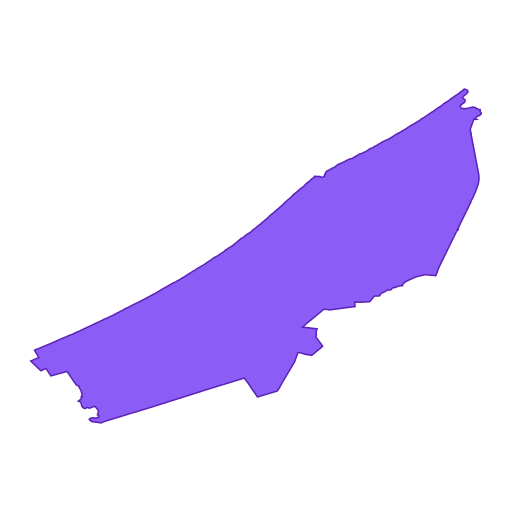 the district of Carnikavas pag., Carnikavas, Latvia
{"feature_id": "27541924B94741323033452", "entity_name": "Carnikavas pag.", "entity_type": "district", "adm_level": 2, "iso_a3": "LVA", "parent_name": "Latvia", "parent_adm1": "Carnikavas", "projection": "equal_earth", "projection_center": [24.255, 57.126], "detail": "fine", "context": "isolated", "style": "filled", "palette": "violet", "viewbox_px": 512, "rotation_deg": 0, "n_neighbors": 0, "source": "geoboundaries", "source_scale": "gbopen_adm2", "svg_char_len": 6022}
<svg xmlns="http://www.w3.org/2000/svg" viewBox="0 0 512 512"><path d="M467.5,90.3L464.3,89.0L462.8,90.3L462.0,91.0L460.9,91.7L460.0,92.4L459.2,93.2L458.2,93.9L457.9,94.2L457.6,94.5L457.0,94.7L454.3,96.4L453.8,96.8L453.1,97.3L452.1,98.1L450.2,99.3L450.0,99.7L448.1,101.1L446.3,102.1L445.7,102.4L445.2,102.9L444.5,103.2L443.7,103.7L442.8,104.7L440.1,106.7L439.5,106.9L438.3,107.6L434.3,110.5L433.1,111.5L432.0,112.0L424.7,117.0L423.2,118.0L421.1,119.0L419.8,120.3L418.3,121.2L417.7,121.4L416.5,122.3L415.3,122.9L414.1,123.9L412.7,124.4L410.3,125.9L410.1,126.1L408.1,127.2L406.6,128.4L405.6,129.1L404.5,129.6L402.8,130.6L402.2,131.1L400.8,131.7L400.5,132.0L399.0,132.9L398.5,133.1L396.5,134.1L391.6,137.3L390.4,137.9L390.1,138.2L389.0,138.9L383.0,141.6L382.1,142.1L381.3,142.7L379.6,143.6L377.0,145.2L376.6,145.5L374.9,146.2L373.5,147.3L372.9,147.6L369.7,148.8L368.7,149.7L365.7,151.6L363.9,152.4L363.3,152.5L362.6,153.1L361.2,153.5L360.5,153.8L359.1,154.2L358.5,154.7L357.6,155.2L357.2,155.6L356.2,156.0L355.3,156.6L354.7,156.8L354.1,157.2L353.7,157.5L352.0,158.5L349.0,159.2L347.5,160.1L346.2,160.5L345.7,161.0L343.4,162.2L342.1,162.8L339.9,163.6L338.1,164.6L337.4,164.9L336.4,165.6L335.3,166.6L334.7,167.0L333.7,167.6L331.9,168.3L331.4,168.7L328.6,170.2L326.8,171.1L325.9,172.1L325.3,173.3L325.2,173.8L324.9,174.4L324.5,174.9L324.5,175.2L324.3,175.5L324.5,176.3L324.4,176.6L321.7,177.3L321.0,177.1L320.6,176.9L320.0,176.4L319.8,176.3L319.6,176.5L318.6,176.7L317.6,176.4L316.9,176.3L316.3,176.4L315.3,176.8L315.0,176.7L314.8,176.2L314.6,176.4L313.5,177.6L312.5,178.4L311.7,178.9L311.7,179.1L311.2,179.4L310.5,180.1L310.4,180.5L309.8,181.0L309.3,181.2L309.1,181.4L308.9,181.9L307.8,182.2L306.8,183.2L306.0,183.7L305.5,184.5L305.2,184.7L305.0,185.0L304.5,185.4L303.7,186.3L303.1,186.7L302.2,187.6L301.5,188.1L301.0,188.2L299.8,189.2L298.4,190.6L298.2,190.6L298.1,190.9L297.3,191.5L296.9,191.7L296.4,192.4L295.7,192.8L295.3,193.3L294.4,193.7L294.2,194.2L293.8,194.5L293.0,194.9L292.7,195.4L292.4,195.8L289.4,198.7L287.3,200.3L285.3,202.2L284.4,202.8L284.2,203.3L282.8,204.8L281.8,205.4L281.0,206.4L279.9,207.1L278.3,208.8L277.2,209.4L276.4,210.4L275.5,211.0L273.0,213.2L272.8,213.5L271.3,214.4L270.2,215.4L269.0,216.6L268.5,217.2L267.6,217.9L266.9,218.8L266.4,219.0L264.8,220.3L264.5,220.8L263.0,221.7L262.0,222.7L261.1,223.3L260.8,223.8L260.3,224.3L259.5,224.7L258.2,225.9L256.9,226.7L256.7,227.1L255.8,227.9L254.1,229.0L253.7,229.5L252.7,230.1L250.1,232.6L249.1,233.0L247.5,234.0L246.0,235.1L245.1,235.7L244.8,235.9L244.6,236.4L243.8,237.0L243.2,237.5L241.5,238.2L241.2,238.4L240.2,239.3L239.5,239.7L239.0,240.3L237.9,241.2L237.8,241.4L236.8,242.3L236.3,242.6L231.5,246.4L230.6,246.9L229.9,247.2L226.3,249.6L225.3,250.1L224.8,250.9L224.2,251.4L222.4,252.5L221.3,253.3L220.5,253.7L219.5,254.6L217.9,255.7L215.7,256.8L214.5,257.5L213.4,258.0L213.1,258.4L212.2,259.1L211.3,259.6L210.6,260.2L209.0,261.2L205.4,263.6L204.6,264.3L201.9,265.9L196.2,269.1L195.2,270.1L193.7,270.8L190.7,272.7L190.3,273.0L189.5,273.4L183.8,277.1L181.7,278.2L180.6,279.1L179.8,279.6L177.0,281.0L175.4,282.1L173.8,282.6L170.4,284.5L167.1,286.4L166.8,286.7L163.6,288.3L155.3,293.4L153.3,294.3L149.5,296.4L138.2,302.4L133.8,304.4L128.2,307.4L126.8,307.9L121.6,310.8L120.3,311.5L119.6,311.8L119.1,312.1L118.1,312.5L113.0,315.3L106.9,318.1L105.1,318.8L98.5,322.1L95.4,323.4L92.3,325.0L83.8,328.9L82.9,329.4L78.3,331.6L76.8,332.1L74.9,333.0L72.8,334.1L69.0,335.5L66.2,336.8L64.9,337.3L59.8,339.4L53.0,342.5L49.8,343.9L47.2,344.9L45.0,345.9L42.3,346.9L39.8,348.1L36.3,349.4L34.5,350.2L36.5,353.6L38.8,357.5L30.7,361.0L32.2,362.5L36.2,366.2L37.0,367.1L41.0,370.8L45.9,368.4L50.9,375.9L67.0,371.4L76.2,384.9L78.8,385.9L78.8,386.7L79.1,387.1L79.5,388.0L81.0,390.6L82.4,396.1L81.2,396.5L81.6,397.8L80.3,399.6L78.6,401.0L77.6,401.2L80.6,401.9L81.4,404.4L81.8,406.2L83.2,407.8L84.8,408.6L85.4,408.2L86.4,408.0L87.4,407.4L89.4,408.2L94.8,406.3L96.2,407.8L97.8,409.7L98.6,411.0L97.4,414.8L98.4,415.3L99.0,416.2L98.4,417.2L95.3,418.2L93.0,417.7L90.5,418.2L89.2,419.3L89.8,420.1L91.9,421.7L97.3,422.3L101.2,423.0L102.0,422.3L106.1,421.0L127.8,414.3L151.9,407.0L192.0,394.3L208.0,389.2L244.2,378.1L246.1,380.5L246.5,381.2L247.6,382.5L250.1,386.0L250.4,386.8L252.6,389.9L257.5,397.0L277.3,391.0L278.9,388.7L283.5,380.5L293.9,363.0L294.3,362.6L297.9,352.6L300.2,352.7L305.1,354.3L306.2,354.5L309.9,355.0L311.6,355.4L320.7,348.0L322.7,346.2L319.2,341.4L316.1,337.4L316.1,336.1L316.4,334.5L316.1,332.4L316.3,331.3L317.1,328.8L302.5,327.1L306.0,324.1L307.1,323.1L323.7,309.4L324.2,309.3L328.1,309.5L329.1,310.0L347.7,307.5L355.1,306.6L354.7,302.3L358.3,302.2L365.2,302.0L367.1,301.8L369.7,301.7L374.3,296.1L379.6,295.9L380.3,294.6L381.2,293.3L384.8,291.7L387.6,290.0L390.7,290.0L392.8,287.7L394.7,287.7L398.8,286.0L398.9,285.9L402.4,285.7L402.2,285.1L402.8,284.4L404.0,283.0L405.6,281.7L406.5,281.2L408.2,280.4L415.4,277.1L420.1,275.8L424.8,274.8L426.6,274.8L433.3,275.4L435.8,275.7L437.5,271.3L437.3,271.2L438.8,267.9L439.5,266.2L457.2,230.1L457.8,230.2L458.2,229.5L457.5,229.5L470.7,202.4L470.4,202.3L471.8,199.5L472.4,198.7L473.7,195.9L475.6,191.4L477.3,186.8L478.3,183.7L478.7,181.5L478.9,180.4L479.0,178.1L479.0,177.0L478.8,174.8L470.8,132.7L470.7,132.1L470.8,132.2L470.5,130.8L470.4,129.7L470.4,128.8L473.8,119.3L476.2,119.4L476.7,119.3L475.1,118.6L476.7,116.8L477.8,116.1L478.1,115.6L479.1,115.8L479.5,115.6L480.5,114.5L481.2,114.0L481.3,113.7L481.2,113.1L480.9,112.2L480.2,111.6L480.0,111.3L480.2,109.6L479.5,109.6L477.2,108.9L477.2,108.7L476.3,108.3L475.2,107.5L474.8,107.4L472.7,107.1L472.3,107.1L467.5,108.4L464.1,108.6L462.8,108.5L461.7,108.2L461.0,107.9L460.4,107.3L460.3,106.9L460.3,105.7L460.5,105.4L461.4,104.8L461.1,104.6L461.6,104.2L463.5,103.2L463.8,102.7L464.1,102.7L464.6,102.3L464.8,102.0L464.9,101.7L465.1,100.7L465.1,100.4L465.0,100.0L464.7,99.5L464.1,99.0L462.8,98.3L462.6,98.0L462.5,97.6L462.7,97.2L463.7,96.0L465.5,94.7L466.5,93.5L467.6,92.6L467.9,92.1L468.0,91.8L467.8,90.8L467.5,90.3Z" fill="#8b5cf6" stroke="#5b21b6" stroke-width="1.5"/></svg>